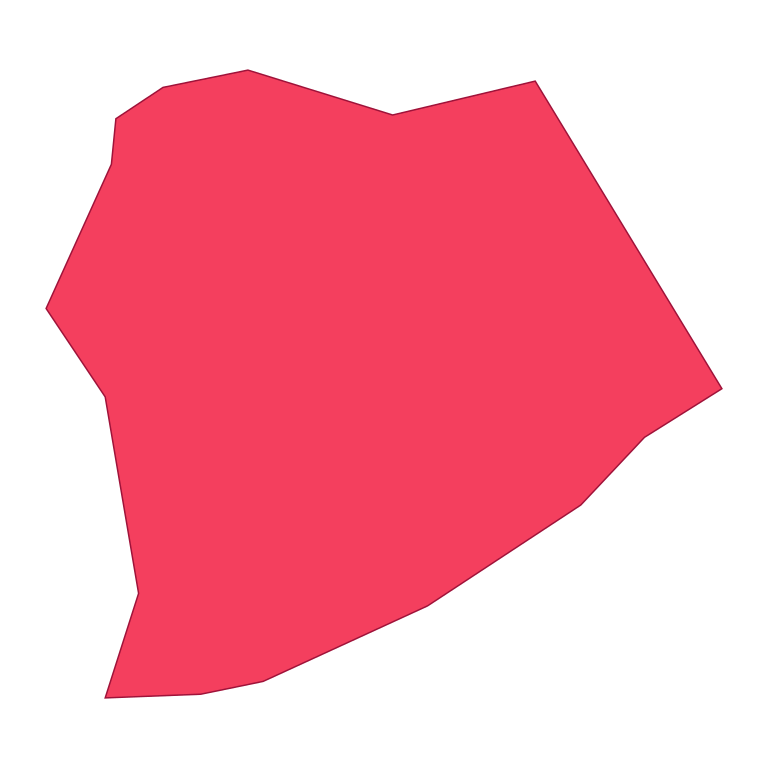 the Municipality of Velika Polana
{"feature_id": "SVN-270", "entity_name": "Velika Polana", "entity_type": "Municipality", "adm_level": 1, "iso_a3": "SVN", "parent_name": "Slovenia", "parent_adm1": "", "projection": "orthographic", "projection_center": [16.356, 46.579], "detail": "fine", "context": "isolated", "style": "filled", "palette": "rose", "viewbox_px": 768, "rotation_deg": 0, "n_neighbors": 0, "source": "natural_earth", "source_scale": "10m", "svg_char_len": 331}
<svg xmlns="http://www.w3.org/2000/svg" viewBox="0 0 768 768"><path d="M535.2,81.1L721.9,388.7L644.5,437.3L580.8,505.0L427.5,605.9L263.1,681.4L200.8,694.2L105.2,697.9L138.6,593.4L105.2,396.9L46.1,308.5L111.4,164.3L115.9,118.7L163.0,87.4L247.9,70.1L392.6,115.0L535.2,81.1Z" fill="#f43f5e" stroke="#9f1239" stroke-width="1.5"/></svg>